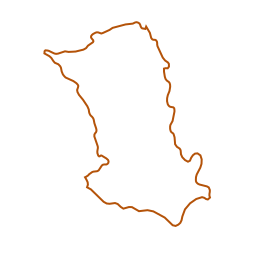 SVG path tracing the border of Deux-Sèvres, rotated 352°
{"feature_id": "FRA-5285", "entity_name": "Deux-Sèvres", "entity_type": "Metropolitan department", "adm_level": 1, "iso_a3": "FRA", "parent_name": "France", "parent_adm1": "", "projection": "albers", "projection_center": [-0.346, 46.535], "detail": "fine", "context": "isolated", "style": "outline", "palette": "amber", "viewbox_px": 256, "rotation_deg": 352, "n_neighbors": 0, "source": "natural_earth", "source_scale": "10m", "svg_char_len": 2697}
<svg xmlns="http://www.w3.org/2000/svg" viewBox="0 0 256 256"><g transform="rotate(352 128 128)"><path d="M99.3,200.5L96.4,199.8L93.6,197.7L82.7,183.6L79.2,181.0L80.4,178.6L80.5,176.1L79.7,173.5L78.6,170.8L80.1,170.3L82.1,169.3L82.9,168.5L86.3,166.7L87.6,166.4L91.3,166.5L92.1,166.3L93.1,165.8L96.9,161.5L98.0,160.9L99.1,160.8L100.2,160.9L101.2,161.1L101.9,161.0L102.8,160.6L103.7,159.7L104.1,158.3L103.8,156.9L102.3,155.1L98.0,151.6L97.1,151.5L96.3,152.0L95.5,152.1L94.7,151.2L94.2,148.6L94.4,146.7L95.3,143.9L95.5,142.7L95.4,141.5L93.5,131.7L93.8,129.9L94.6,128.7L95.6,127.9L96.2,126.9L96.5,125.7L96.4,124.0L95.4,118.6L95.2,114.9L94.9,113.6L94.1,112.1L92.6,110.2L91.9,108.3L91.7,106.8L91.7,105.4L91.7,104.2L91.3,102.7L90.8,100.9L87.4,93.8L84.1,88.4L83.0,85.4L82.9,83.3L84.1,80.9L84.5,79.9L84.6,79.0L84.2,78.0L83.1,76.4L80.4,73.9L73.2,69.3L72.1,67.8L71.0,65.9L70.2,62.8L70.0,59.1L69.5,57.5L67.9,55.2L64.6,53.2L63.4,51.3L61.8,47.9L60.1,45.9L55.6,42.5L55.9,41.4L55.9,41.0L56.2,40.2L57.0,39.6L58.8,40.0L60.2,40.5L65.0,43.7L66.2,44.3L67.4,44.6L69.1,44.6L76.3,43.3L79.8,44.4L86.7,45.0L94.7,44.2L97.1,43.3L97.7,43.0L99.8,40.9L105.2,38.2L105.8,37.3L105.7,36.2L104.3,34.0L104.0,32.8L104.4,31.7L105.4,30.7L106.6,30.0L109.1,29.1L110.5,28.9L111.8,29.2L114.7,30.7L116.4,30.4L123.4,28.3L126.7,26.7L140.0,25.1L147.3,25.3L149.7,24.5L151.1,24.4L152.4,24.9L153.9,26.1L154.5,27.8L154.7,29.2L155.2,30.5L155.9,31.3L159.0,32.3L160.1,30.1L162.9,36.8L163.5,42.0L164.3,43.5L165.2,44.1L167.2,44.5L168.1,45.2L168.7,46.7L168.7,48.0L168.5,49.4L168.6,51.1L172.2,63.1L174.1,66.3L176.7,68.7L177.4,70.2L177.1,72.9L175.6,74.4L173.6,74.0L171.9,74.2L171.5,77.3L171.6,82.3L172.0,84.6L173.0,86.4L174.9,88.2L175.5,89.4L175.7,91.1L175.5,93.1L174.2,97.2L172.0,101.0L170.9,103.9L170.4,106.9L170.7,110.0L171.2,111.2L171.9,112.2L172.8,112.9L175.8,113.9L176.5,114.9L176.5,116.7L176.3,118.2L173.1,127.3L170.4,130.9L169.9,132.4L169.6,134.8L169.7,136.1L169.9,137.2L170.4,138.2L171.8,139.5L172.3,140.4L172.8,143.7L172.4,150.6L173.8,153.4L176.2,155.5L176.8,156.6L177.0,157.8L176.8,161.4L177.7,164.5L180.0,167.7L182.7,169.7L184.8,169.0L186.4,166.3L188.5,164.0L190.8,162.7L193.3,162.8L195.9,165.2L196.6,169.3L195.8,173.7L194.1,177.3L189.6,183.6L188.5,186.1L188.0,188.7L187.9,190.1L188.2,191.3L189.3,192.8L190.9,193.9L198.0,196.8L199.7,198.1L200.4,200.8L200.1,202.7L199.5,204.5L199.2,206.3L199.5,208.3L197.1,209.9L195.4,209.2L193.9,207.8L191.7,206.8L185.7,207.8L179.0,211.2L173.1,216.5L169.5,223.2L168.2,226.8L166.6,229.2L164.4,230.7L161.5,231.6L158.7,230.5L151.9,221.8L141.5,214.1L135.9,212.1L127.3,211.9L120.9,206.9L118.0,206.4L112.2,207.2L109.8,205.1L107.2,201.8L104.7,200.5L99.3,200.5Z" fill="none" stroke="#b45309" stroke-width="2"/></g></svg>